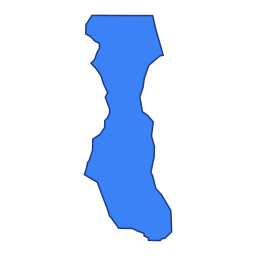 outline of Suhag, Suhaj, Egypt
{"feature_id": "37247803B36599937729420", "entity_name": "Suhag", "entity_type": "district", "adm_level": 2, "iso_a3": "EGY", "parent_name": "Egypt", "parent_adm1": "Suhaj", "projection": "orthographic", "projection_center": [31.693, 26.547], "detail": "fine", "context": "isolated", "style": "filled", "palette": "blue", "viewbox_px": 256, "rotation_deg": 0, "n_neighbors": 0, "source": "geoboundaries", "source_scale": "gbopen_adm2", "svg_char_len": 1061}
<svg xmlns="http://www.w3.org/2000/svg" viewBox="0 0 256 256"><path d="M152.7,15.6L92.0,15.4L86.0,24.6L85.9,29.3L85.8,34.0L90.4,36.4L94.9,41.1L99.5,43.5L99.4,45.9L99.4,48.2L97.0,52.8L94.5,59.8L91.0,63.2L96.6,69.2L101.1,76.2L103.3,83.3L105.6,88.2L107.7,92.7L105.3,97.3L109.7,109.1L109.5,113.7L107.1,118.3L104.8,120.6L104.6,127.6L103.0,130.0L99.8,134.5L92.8,139.1L92.6,148.4L92.5,150.7L89.0,161.0L87.7,162.3L86.3,169.0L84.4,174.6L97.4,182.3L99.5,188.1L105.7,204.5L106.3,206.2L107.5,209.3L109.7,216.3L111.9,218.7L118.7,228.2L132.5,228.5L135.2,229.8L137.1,230.9L144.0,233.3L144.0,235.7L148.5,238.1L148.5,240.3L155.4,240.5L160.1,240.6L162.4,238.4L164.7,238.4L169.5,233.8L171.6,231.7L171.1,215.4L170.6,210.2L161.5,194.7L155.8,188.6L152.9,176.8L151.5,173.4L150.9,172.1L154.1,156.9L154.4,146.5L151.5,136.1L152.7,126.0L153.2,121.9L148.0,115.8L142.3,111.6L141.3,104.6L139.8,97.0L143.0,87.5L144.3,78.1L144.5,77.7L144.6,77.2L147.5,69.0L148.9,65.2L160.0,55.8L163.2,55.3L162.0,51.0L159.0,40.6L155.4,27.8L152.7,15.6Z" fill="#3b82f6" stroke="#1e3a8a" stroke-width="1.5"/></svg>